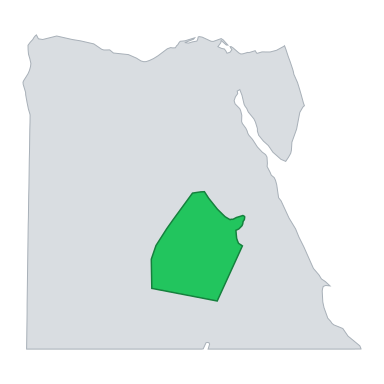 Al-Kharga Oasis, Al Wadi at Jadid, Egypt (highlighted)
{"feature_id": "37247803B20145410144228", "entity_name": "Al-Kharga Oasis", "entity_type": "district", "adm_level": 2, "iso_a3": "EGY", "parent_name": "Egypt", "parent_adm1": "Al Wadi at Jadid", "projection": "robinson", "projection_center": [32.312, 25.153], "detail": "fine", "context": "in_parent", "style": "filled", "palette": "green", "viewbox_px": 384, "rotation_deg": 0, "n_neighbors": 0, "source": "geoboundaries", "source_scale": "gbopen_adm2", "svg_char_len": 3613}
<svg xmlns="http://www.w3.org/2000/svg" viewBox="0 0 384 384"><path d="M361.0,349.0L351.7,349.1L342.5,349.1L333.3,349.1L324.1,349.1L314.8,349.1L305.6,349.1L296.4,349.1L287.2,349.1L277.9,349.1L268.7,349.1L259.5,349.1L250.3,349.1L241.0,349.1L231.8,349.1L222.6,349.1L213.4,349.1L208.1,349.1L209.0,346.2L209.6,344.1L208.9,342.7L207.1,342.4L206.0,342.8L203.2,348.9L201.8,349.1L198.5,349.1L187.7,349.1L177.0,349.1L166.3,349.1L155.5,349.1L144.8,349.1L134.0,349.1L123.3,349.1L112.6,349.1L101.8,349.1L91.1,349.1L80.3,349.1L69.6,349.1L58.9,349.1L48.1,349.1L37.4,349.1L26.6,349.1L26.7,341.8L26.8,334.5L26.9,327.2L27.0,319.9L27.1,312.6L27.1,305.3L27.2,297.9L27.3,290.6L27.4,283.3L27.5,276.0L27.6,268.7L27.7,261.4L27.8,254.1L27.9,246.8L28.0,239.5L28.1,232.2L28.2,224.9L28.4,217.6L28.5,210.3L28.6,203.0L28.7,195.7L28.9,188.4L29.0,181.1L29.1,173.8L29.2,166.5L29.3,159.2L29.5,151.9L29.6,144.6L29.7,137.2L29.8,129.9L30.0,122.6L30.1,115.3L29.9,114.0L28.4,109.0L27.1,102.7L25.7,94.9L25.6,92.4L23.2,84.4L23.0,82.2L23.7,80.6L28.0,73.8L29.4,70.6L30.5,66.7L30.9,63.5L29.8,58.6L28.5,54.2L28.1,49.7L28.0,45.3L30.2,42.3L32.8,39.5L33.8,37.7L35.3,35.8L36.4,34.9L38.4,38.8L42.7,39.5L56.7,36.0L72.2,39.5L80.7,40.9L93.8,43.9L101.7,49.3L103.9,50.0L109.7,49.9L113.4,53.0L128.4,54.6L136.4,58.1L140.9,60.9L143.7,61.7L146.1,61.6L149.4,60.5L153.5,58.6L158.0,55.8L167.3,48.8L170.6,47.6L172.8,47.9L175.4,47.8L176.5,45.9L177.9,44.6L178.7,43.1L180.2,41.3L185.0,40.8L194.7,37.8L193.6,39.2L184.8,42.6L188.5,43.1L192.4,41.9L196.8,41.1L197.6,39.7L198.2,37.0L199.1,36.6L202.1,37.1L211.2,41.3L213.4,41.4L219.8,39.1L221.2,38.6L223.2,39.9L227.9,45.1L226.3,45.0L221.2,40.5L220.8,42.7L217.9,46.7L221.5,48.4L224.4,49.0L226.0,51.2L227.0,53.2L229.9,52.3L231.9,49.7L230.9,48.2L230.1,46.6L231.1,46.6L233.1,47.9L238.8,52.9L240.8,54.0L243.0,53.8L247.7,52.4L249.0,52.6L255.2,50.7L256.0,52.1L257.0,53.4L262.0,51.9L270.0,52.0L276.5,50.3L283.9,46.3L284.5,45.7L284.9,46.7L285.9,49.4L288.2,56.4L290.2,61.8L292.7,69.3L293.5,72.2L293.8,74.2L297.5,82.5L299.6,89.3L301.2,94.8L303.4,102.9L304.4,105.7L302.8,107.2L299.8,112.4L296.6,129.1L291.9,142.2L291.4,150.3L290.7,153.3L288.4,157.4L285.7,161.4L280.9,159.3L272.9,152.2L268.3,145.5L263.4,141.1L258.7,135.3L257.4,131.1L257.4,128.5L255.4,122.0L253.9,118.9L248.2,111.9L246.6,108.2L245.3,106.6L244.1,104.3L242.0,95.3L239.8,89.6L237.2,91.1L237.7,93.6L235.4,96.9L234.1,100.7L235.1,103.9L239.8,108.7L240.7,110.8L241.8,115.3L241.6,121.5L242.4,123.6L245.8,128.2L247.1,130.9L247.8,133.3L249.0,135.4L252.5,139.4L257.4,147.0L262.2,152.1L265.6,154.6L267.0,157.1L267.4,163.5L267.1,166.5L270.1,172.3L271.3,175.2L274.2,177.6L275.5,180.3L276.7,184.7L278.6,197.7L281.1,200.9L289.0,218.0L295.6,228.9L298.9,237.0L303.8,246.8L313.4,268.4L319.1,275.1L321.4,278.9L325.5,281.7L330.0,285.9L325.8,285.5L324.7,285.8L323.2,286.5L322.5,289.0L322.2,291.1L322.8,302.0L324.0,307.6L327.8,318.2L330.6,321.3L332.0,323.4L333.9,324.9L342.8,328.5L348.0,336.1L359.8,345.8L360.9,348.4L361.0,349.0Z" fill="#d9dde1" stroke="#a8b0b8" stroke-width="1"/><path d="M151.8,288.4L217.2,301.0L242.4,245.9L242.1,245.7L238.5,243.3L237.4,240.6L237.3,240.4L237.3,240.2L237.2,240.0L236.7,238.6L236.7,238.4L236.6,238.0L236.2,233.8L236.2,233.7L235.9,230.3L238.9,228.9L242.0,225.7L242.7,224.0L243.1,221.5L244.3,219.7L244.4,219.4L244.7,217.0L244.7,216.9L244.6,216.7L244.5,216.4L242.9,215.5L239.4,216.6L236.4,217.5L233.0,219.3L230.9,219.3L230.1,219.7L225.2,216.8L222.8,214.5L217.4,209.2L208.7,198.3L205.6,193.5L204.4,191.7L204.2,191.7L200.6,191.9L197.1,192.4L192.5,193.1L173.1,219.7L166.8,228.6L156.0,245.5L151.3,259.2L151.8,288.4Z" fill="#22c55e" stroke="#15803d" stroke-width="1.5"/></svg>